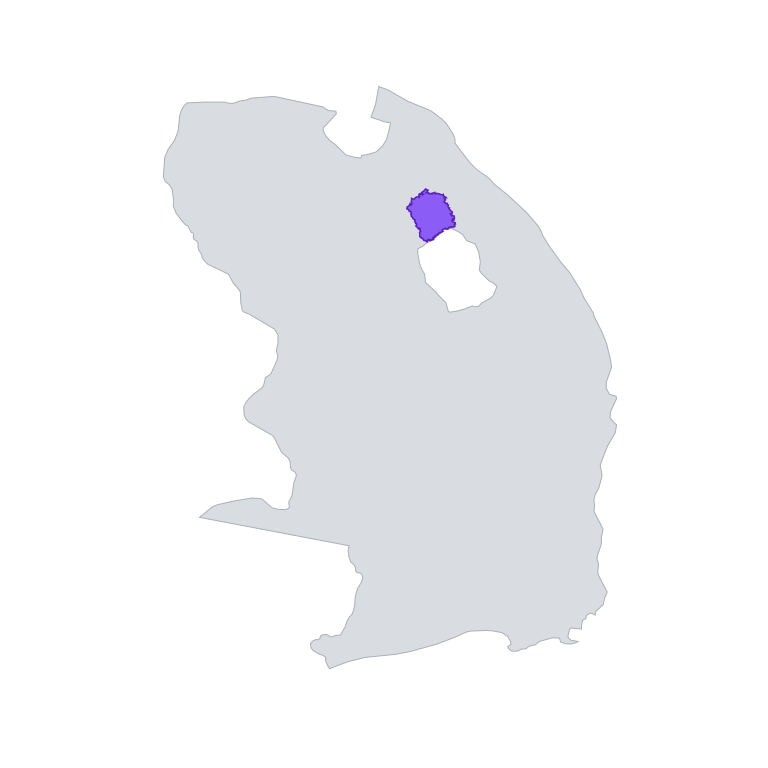 Uthukela, KwaZulu-Natal, South Africa (highlighted), rotated 282°
{"feature_id": "47623444B45932738864801", "entity_name": "Uthukela", "entity_type": "district", "adm_level": 2, "iso_a3": "ZAF", "parent_name": "South Africa", "parent_adm1": "KwaZulu-Natal", "projection": "robinson", "projection_center": [29.405, -28.737], "detail": "fine", "context": "in_parent", "style": "filled", "palette": "violet", "viewbox_px": 768, "rotation_deg": 282, "n_neighbors": 0, "source": "geoboundaries", "source_scale": "gbopen_adm2", "svg_char_len": 8907}
<svg xmlns="http://www.w3.org/2000/svg" viewBox="0 0 768 768"><g transform="rotate(282 384 384)"><path d="M540.8,125.2L559.9,122.4L568.4,124.0L578.7,128.4L588.4,130.0L604.7,128.4L610.3,129.1L614.7,130.6L618.0,133.0L622.6,150.5L626.5,169.3L626.5,175.4L627.0,177.7L631.6,185.7L633.3,190.6L636.0,194.7L641.9,214.7L642.5,218.2L642.3,266.7L639.9,272.6L640.9,280.2L638.2,281.2L622.0,271.4L619.2,271.8L614.6,275.4L610.4,281.1L608.4,286.0L600.2,299.0L599.6,307.3L600.3,314.4L603.0,314.7L604.9,319.8L609.3,328.0L616.7,333.2L623.6,335.6L633.3,336.2L640.9,336.0L640.5,330.5L642.3,315.8L655.0,317.6L673.9,317.1L672.5,326.6L665.5,348.5L661.0,373.0L655.3,385.3L652.1,390.4L643.0,399.5L638.2,402.5L634.2,403.5L618.5,421.8L612.7,430.6L607.5,443.4L602.3,450.4L594.7,465.5L581.5,487.6L570.4,502.2L565.5,506.4L562.2,508.4L553.4,516.8L541.0,530.4L531.5,542.5L517.4,556.1L509.3,562.1L497.0,573.9L493.6,575.6L479.9,586.6L470.0,593.2L454.0,600.9L447.6,603.1L432.4,601.1L426.0,602.2L420.8,606.8L420.3,613.5L418.1,614.5L404.1,611.4L398.3,612.0L395.0,615.5L392.4,620.0L384.4,620.3L370.0,615.6L353.2,612.8L349.3,612.4L341.2,615.9L338.4,616.4L326.5,615.7L319.9,613.5L313.6,613.5L308.9,615.3L303.0,615.9L287.5,628.5L279.4,628.5L272.4,629.9L259.9,628.3L256.2,629.1L252.6,631.3L244.1,632.2L240.9,634.1L226.9,645.6L221.0,644.4L213.6,644.2L205.0,638.1L201.8,638.5L202.6,636.7L202.8,633.4L199.7,630.1L196.4,630.3L194.5,627.5L189.5,627.3L185.3,628.1L184.2,617.5L182.2,616.5L177.1,616.3L174.7,616.6L173.6,617.6L172.3,620.0L172.5,627.4L170.7,625.3L168.5,620.9L167.7,616.1L168.3,610.5L172.0,608.4L170.7,601.4L164.3,589.1L160.6,586.5L157.5,580.2L154.6,578.0L153.3,573.6L150.4,570.1L149.2,564.5L150.7,561.3L153.0,559.6L155.6,562.4L158.6,561.3L162.9,557.3L165.3,551.2L165.1,541.4L164.2,535.3L160.2,519.6L158.4,516.0L150.2,504.7L140.5,489.7L128.1,465.9L122.0,451.6L112.8,422.8L104.9,406.5L95.3,391.3L94.1,390.3L95.5,388.4L100.3,384.9L102.5,384.0L103.7,384.4L104.8,383.4L105.8,381.0L106.5,375.7L108.6,370.0L110.6,367.6L114.9,366.0L118.2,368.1L119.7,370.2L120.3,372.9L121.8,374.3L124.1,374.2L125.8,375.9L126.9,379.3L126.8,381.8L125.5,383.4L125.7,385.5L127.5,388.0L129.5,393.6L138.4,396.5L143.4,396.9L148.2,398.3L152.7,400.8L160.1,401.4L170.2,400.1L178.6,400.7L185.3,403.1L190.1,403.6L193.0,402.0L194.2,399.8L193.8,396.9L195.2,395.1L198.5,394.3L201.1,392.1L203.0,388.5L207.6,385.6L214.8,383.3L218.5,383.4L215.2,231.3L228.4,241.8L231.5,246.6L238.1,260.9L245.0,278.4L246.2,286.9L246.0,288.8L239.6,300.3L239.4,306.0L240.3,312.7L241.9,316.0L243.9,317.1L248.5,315.4L255.6,317.2L269.2,316.4L276.0,317.3L277.7,316.7L279.2,315.3L280.9,311.3L282.5,310.0L288.7,308.2L291.5,305.9L295.9,298.0L309.2,287.4L310.7,284.9L318.8,259.5L321.3,255.9L325.0,253.5L332.4,251.6L336.8,252.6L341.5,254.8L346.9,258.5L354.9,265.4L357.6,266.5L365.5,266.7L370.5,271.3L385.3,274.4L389.6,274.2L394.2,271.7L401.8,271.8L410.0,270.1L414.9,265.6L424.2,237.9L425.3,231.8L426.3,230.1L434.1,226.9L443.6,224.5L445.5,223.3L451.4,215.5L459.1,209.1L464.4,186.9L467.9,181.7L470.1,179.5L471.5,179.4L473.4,178.0L476.0,175.3L479.1,173.6L482.6,173.0L484.9,171.2L486.0,168.2L487.8,166.8L490.4,166.9L491.9,165.9L492.2,163.9L498.0,159.2L498.1,157.2L501.5,152.5L507.9,145.1L514.1,140.9L519.8,140.1L530.4,136.3L534.2,132.7L536.6,127.9L540.8,125.2ZM523.6,452.8L533.0,449.1L539.9,444.1L541.4,435.1L546.7,429.6L548.7,424.4L550.1,417.3L547.0,409.8L542.7,407.6L534.8,401.2L531.3,396.8L526.6,393.2L523.2,388.8L517.8,390.2L509.3,393.7L504.1,397.0L499.8,400.9L491.9,403.6L484.6,415.9L482.2,418.6L476.5,427.6L468.1,432.0L468.0,433.6L470.8,440.9L474.6,448.1L478.7,454.1L478.6,457.7L479.9,460.6L483.6,462.6L489.7,469.9L492.8,472.3L502.1,474.1L503.4,473.6L505.9,469.2L506.3,466.1L512.4,456.5L515.1,453.6L523.6,452.8Z" fill="#d9dde1" stroke="#a8b0b8" stroke-width="1"/><path d="M559.8,370.6L559.7,372.0L558.4,372.4L557.9,373.6L558.4,374.0L558.2,374.7L556.1,375.4L555.8,374.9L554.3,375.7L553.4,376.0L553.3,376.7L552.5,377.6L551.8,378.0L551.8,378.5L551.4,378.8L551.0,380.3L549.5,380.1L549.0,380.8L548.3,381.2L547.6,381.5L547.7,382.3L546.6,382.8L545.8,382.6L545.6,382.7L545.1,382.3L544.4,383.6L543.1,385.1L544.0,386.2L543.3,387.3L542.7,387.2L542.4,386.6L542.1,387.1L541.1,388.2L539.8,387.3L535.5,388.5L535.0,389.4L535.2,389.8L534.8,389.9L534.6,390.1L534.5,390.4L534.4,390.5L534.3,390.8L534.4,391.0L534.4,391.4L534.4,391.7L534.1,391.8L533.8,392.0L533.6,392.2L533.4,392.5L533.2,392.9L533.0,393.2L532.8,393.2L532.8,393.3L532.7,393.5L532.9,393.8L532.6,395.5L532.3,395.7L531.9,396.6L532.2,396.8L532.4,396.8L532.6,396.4L533.1,396.1L533.3,396.2L533.4,396.3L533.4,396.5L533.6,396.6L534.0,396.8L534.4,397.1L534.4,397.3L534.2,397.2L534.1,397.5L534.3,397.6L534.5,397.7L534.6,397.9L534.6,398.0L534.3,398.1L534.1,398.0L533.9,398.2L533.6,398.4L533.7,398.5L533.9,398.7L534.1,398.7L534.3,398.6L534.2,398.8L534.5,398.9L534.4,398.9L534.6,399.0L534.5,399.3L534.5,399.5L534.4,399.6L534.5,399.7L534.7,399.9L534.7,400.0L534.4,400.1L534.2,400.3L534.3,400.4L534.6,400.7L534.9,400.7L535.0,400.7L535.1,400.8L534.9,401.0L535.0,401.2L535.1,401.3L535.5,401.6L535.5,402.0L535.4,402.2L535.5,402.3L535.7,402.6L535.9,402.6L536.1,402.6L536.2,402.2L536.5,402.1L536.6,401.9L536.8,401.9L536.9,401.7L536.7,401.6L536.8,401.4L536.7,401.4L536.8,401.4L537.0,401.2L537.1,401.3L537.4,401.5L537.4,401.8L537.5,402.0L537.8,402.3L537.7,402.4L537.8,402.6L538.1,402.5L538.4,402.7L538.5,402.6L538.9,402.7L539.1,402.7L539.0,402.9L538.9,402.9L539.1,403.1L539.1,403.3L539.0,403.5L539.4,403.4L539.5,403.5L539.9,403.7L539.9,404.0L540.2,404.0L540.3,404.2L540.7,404.5L540.8,404.6L541.0,404.8L540.9,404.8L540.7,404.9L540.8,404.9L540.7,405.0L540.8,405.3L541.0,405.4L541.1,405.5L541.2,405.4L541.3,405.3L541.4,405.5L541.7,405.6L541.8,405.7L541.8,406.0L542.0,406.2L542.3,406.2L542.7,406.2L542.9,406.7L543.1,406.7L543.5,406.7L543.6,406.9L543.7,407.0L544.0,407.2L544.0,407.4L544.0,407.5L543.8,407.6L543.9,407.8L543.8,408.0L544.0,408.1L544.3,408.1L544.5,408.5L544.4,408.7L544.7,409.0L544.8,409.1L545.0,409.3L545.3,409.5L545.4,409.8L545.5,409.9L545.6,409.6L545.9,409.5L546.1,409.4L546.2,409.2L546.4,409.3L546.6,409.2L546.7,409.3L547.2,409.3L547.4,409.4L547.5,409.6L547.8,410.1L547.9,410.3L548.0,410.3L548.3,410.5L548.5,410.8L548.7,411.0L548.9,411.4L548.9,411.5L549.0,411.7L548.8,411.8L548.8,412.0L548.7,412.2L548.5,412.5L548.7,412.8L548.6,413.3L548.5,413.5L548.5,413.9L548.7,414.1L548.9,414.2L549.0,414.5L549.3,414.6L549.8,414.4L550.0,414.6L550.5,414.7L550.8,414.9L550.9,415.3L550.7,415.6L551.0,415.7L551.1,415.9L551.2,416.0L551.4,416.4L551.3,416.6L551.1,416.5L551.1,416.8L551.4,416.9L551.7,417.0L551.8,417.1L551.9,417.4L551.9,417.5L551.7,417.7L551.7,417.9L551.9,418.1L551.9,418.3L552.0,418.5L551.8,418.7L551.9,418.8L552.0,419.0L551.9,419.1L552.1,419.2L552.2,419.4L552.3,419.4L552.3,419.7L552.4,420.0L552.5,420.3L552.6,420.5L552.8,420.5L552.9,420.4L553.0,420.4L553.3,420.5L554.2,420.2L554.5,419.6L554.8,419.8L555.4,420.6L556.1,420.1L556.7,420.0L556.7,418.5L556.4,418.1L557.3,417.0L557.8,416.4L558.6,417.2L559.4,416.7L559.8,416.7L559.9,416.8L559.7,416.9L559.3,417.0L559.1,417.3L558.9,417.4L558.8,417.6L558.6,417.8L558.6,418.2L559.1,418.2L559.3,418.4L560.0,418.4L560.3,418.3L560.5,418.5L561.1,418.3L562.9,417.8L562.9,416.1L563.4,415.2L562.1,415.5L563.0,414.7L563.9,414.1L564.1,414.3L564.4,413.9L564.5,415.1L565.6,415.2L566.5,415.1L566.9,414.3L567.1,413.7L567.8,412.8L568.0,412.3L568.4,412.0L569.0,411.1L569.8,411.5L570.2,410.2L571.1,409.7L572.5,409.8L572.6,408.6L573.8,408.4L573.3,407.2L574.1,406.6L574.6,404.7L576.9,405.9L577.0,405.2L577.7,405.2L578.2,404.4L578.5,405.3L579.2,405.3L579.3,406.0L579.7,405.4L579.7,405.2L579.7,404.6L579.5,403.9L581.7,402.6L581.0,402.2L581.2,401.0L581.2,399.7L581.3,399.3L581.6,398.3L581.4,396.2L581.4,395.0L581.0,395.0L581.1,394.9L580.9,394.5L580.9,394.3L580.9,394.2L581.1,393.9L581.2,393.5L581.4,393.4L581.6,393.4L581.4,393.2L581.3,392.9L581.1,392.6L580.9,392.4L580.8,392.1L580.9,391.9L580.7,391.7L580.5,391.4L580.2,391.4L580.4,391.2L580.3,390.9L580.2,390.8L580.2,390.7L579.8,390.4L579.9,389.1L579.7,389.1L579.4,388.6L579.4,388.4L579.5,388.2L579.8,388.0L580.3,387.5L579.8,385.5L582.2,386.8L582.3,386.7L582.5,386.7L582.9,386.7L582.9,385.9L582.8,385.7L583.5,384.3L582.0,383.3L581.2,383.0L579.2,381.0L577.9,382.9L577.7,382.2L577.3,382.2L577.6,381.9L577.3,380.8L577.8,380.7L577.8,380.1L577.0,379.6L577.2,379.0L576.6,378.9L576.4,378.8L576.0,378.9L576.1,379.2L575.1,379.9L575.0,379.7L574.3,379.5L574.4,379.3L574.4,379.2L574.1,379.3L574.2,379.0L574.0,378.3L573.9,377.3L572.8,375.9L571.3,375.2L570.8,374.6L571.1,373.8L570.9,373.3L571.3,372.4L568.9,372.8L568.0,372.7L567.5,372.8L567.0,373.3L566.8,373.6L566.6,373.4L566.5,373.6L566.3,373.6L565.9,373.4L565.9,373.5L565.5,373.6L565.5,373.4L565.1,373.6L564.5,373.2L564.9,372.6L564.5,372.8L564.2,371.9L564.7,371.7L563.3,371.3L562.5,370.5L562.5,370.4L562.4,370.1L562.0,369.9L561.0,369.8L560.5,369.8L560.5,370.0L560.2,370.0L560.0,370.3L560.0,370.5L559.8,370.6Z" fill="#8b5cf6" stroke="#5b21b6" stroke-width="1.5"/></g></svg>